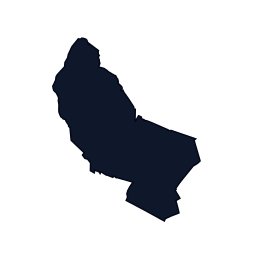 outline of Dumbrava Rosie, Neamt, Romania, rotated 74°
{"feature_id": "2599482B29354123900383", "entity_name": "Dumbrava Rosie", "entity_type": "district", "adm_level": 2, "iso_a3": "ROU", "parent_name": "Romania", "parent_adm1": "Neamt", "projection": "equal_earth", "projection_center": [26.407, 46.891], "detail": "fine", "context": "isolated", "style": "filled", "palette": "ink", "viewbox_px": 256, "rotation_deg": 74, "n_neighbors": 0, "source": "geoboundaries", "source_scale": "gbopen_adm2", "svg_char_len": 2929}
<svg xmlns="http://www.w3.org/2000/svg" viewBox="0 0 256 256"><g transform="rotate(74 128 128)"><path d="M158.7,175.9L159.7,174.9L161.8,172.8L159.3,171.6L161.9,168.3L162.5,167.6L163.2,167.6L163.7,167.5L164.0,167.4L163.5,167.0L163.1,166.6L162.6,166.1L167.1,162.0L167.0,161.9L167.2,161.5L170.1,157.6L171.1,156.3L170.6,155.8L170.8,155.4L170.2,154.8L171.3,153.9L172.5,153.1L172.3,152.8L172.8,152.0L181.4,138.1L184.8,142.2L186.1,143.5L188.0,145.3L190.9,147.2L194.5,147.5L197.1,149.7L211.9,134.3L227.4,118.7L225.4,117.1L224.5,111.3L223.7,102.7L223.6,102.4L217.0,102.1L211.0,102.0L209.9,97.5L206.7,98.3L203.6,99.2L202.8,99.3L202.0,99.8L201.8,99.9L201.4,99.8L201.1,99.6L200.1,98.6L199.4,99.0L198.5,97.9L195.6,94.4L192.0,89.5L191.1,88.2L185.9,80.7L182.5,75.9L181.5,72.1L180.7,70.0L179.9,68.5L179.5,67.8L162.0,67.9L157.8,67.8L157.1,66.0L142.4,87.0L141.6,90.1L140.9,89.9L129.5,103.7L126.1,108.2L125.1,110.5L124.4,110.3L122.7,112.7L122.4,113.2L121.3,112.1L121.1,112.2L121.0,112.3L120.9,112.4L121.1,112.6L120.8,112.8L120.4,113.1L120.2,113.3L119.9,113.5L119.7,113.7L119.6,113.9L119.4,114.1L119.2,114.3L119.2,114.5L123.4,118.9L122.6,119.1L122.2,119.0L120.8,118.6L112.6,116.0L112.1,115.9L112.1,116.1L111.9,116.4L111.9,116.6L111.8,116.8L111.7,117.0L111.0,116.9L110.8,116.9L109.3,116.7L99.8,119.6L92.4,122.2L90.3,122.4L90.3,122.7L90.5,122.9L90.3,123.5L90.1,123.6L90.3,123.7L90.5,123.7L90.4,124.0L90.1,124.6L90.0,124.9L89.7,124.7L89.2,124.3L89.1,124.1L89.0,123.9L88.9,123.8L88.7,123.3L88.7,123.1L88.6,122.9L88.4,122.7L87.0,122.6L85.9,123.0L85.2,123.4L84.8,123.7L84.3,123.9L84.0,124.3L83.5,124.5L82.4,125.0L81.7,124.8L81.1,124.8L80.8,124.6L80.0,124.6L79.3,124.4L79.1,124.4L78.7,124.6L78.0,124.5L77.4,124.9L76.7,125.0L75.6,125.2L74.7,125.5L74.2,125.5L74.1,125.9L74.1,126.4L74.0,126.5L72.8,127.1L72.7,127.4L72.1,127.9L71.6,128.6L70.4,129.5L68.7,131.2L68.6,131.4L67.1,132.2L66.0,133.1L64.8,134.1L64.1,134.7L61.3,139.3L60.9,139.3L60.6,139.1L60.1,138.7L59.6,138.2L58.9,137.8L58.0,137.2L57.2,137.2L56.7,137.2L56.5,137.3L54.6,136.9L54.1,136.9L53.4,137.0L53.0,137.0L52.8,137.0L52.4,137.1L52.1,137.1L51.4,136.8L50.3,135.6L49.2,136.2L48.9,136.2L48.2,136.2L47.7,135.9L46.7,135.8L45.4,135.1L36.1,142.1L36.5,142.2L37.1,142.6L36.8,143.1L36.1,143.1L35.3,143.1L34.7,143.1L34.3,143.2L32.1,143.4L31.2,143.9L30.9,144.1L30.7,144.5L30.1,145.2L29.8,145.8L29.7,146.2L29.4,146.4L29.3,146.7L29.2,147.1L29.2,147.3L28.9,147.6L29.1,148.0L29.4,148.4L29.4,148.8L29.2,149.8L29.1,150.1L29.0,150.4L28.6,151.2L34.4,159.5L40.9,165.1L43.8,166.6L47.6,170.5L51.6,172.0L57.3,181.3L59.1,183.1L62.0,184.3L66.8,188.4L66.9,188.7L69.4,189.0L71.2,189.0L73.1,188.1L74.2,187.3L76.7,186.8L78.1,186.5L80.1,186.4L82.8,187.5L86.4,187.9L92.3,189.7L94.2,190.0L98.7,189.5L99.4,188.7L101.2,187.9L102.7,185.8L104.7,185.6L109.1,184.2L109.7,184.6L112.0,183.7L124.2,186.0L139.7,176.9L141.5,179.2L145.3,177.8L146.8,175.4L151.2,173.6L158.7,175.9Z" fill="#0f172a" stroke="#020617" stroke-width="1.5"/></g></svg>